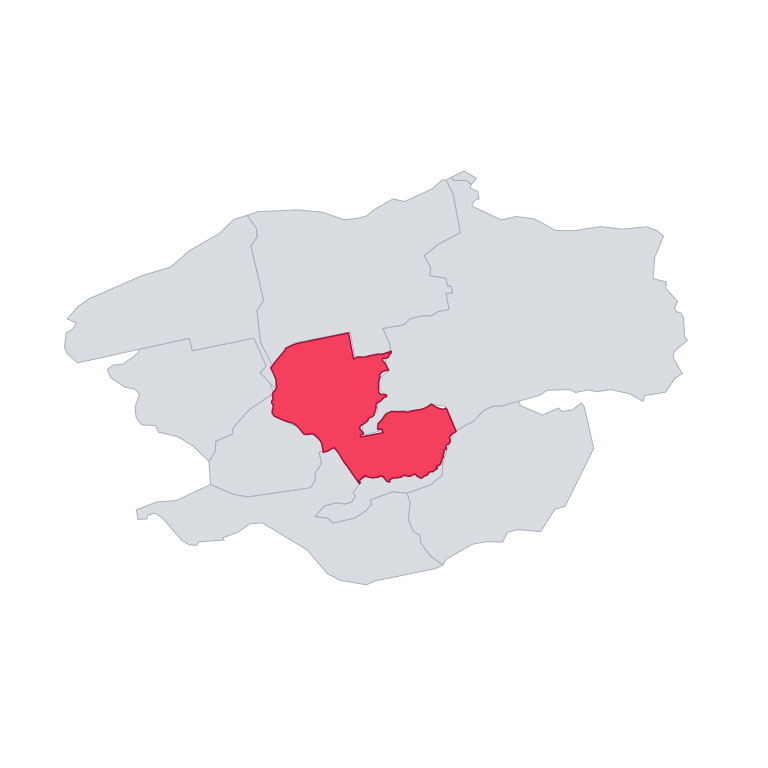 Zambia highlighted, Equal Earth projection, rotated 79°
{"feature_id": "ZMB", "entity_name": "Zambia", "entity_type": "country or territory", "adm_level": 0, "iso_a3": "ZMB", "parent_name": "Africa", "parent_adm1": "", "projection": "equal_earth", "projection_center": [28.807, -13.118], "detail": "fine", "context": "with_neighbors", "style": "filled", "palette": "rose", "viewbox_px": 768, "rotation_deg": 79, "n_neighbors": 8, "source": "natural_earth", "source_scale": "50m", "svg_char_len": 9265}
<svg xmlns="http://www.w3.org/2000/svg" viewBox="0 0 768 768"><g transform="rotate(79 384 384)"><path d="M487.3,190.5L538.6,229.6L539.5,240.2L558.8,258.4L552.4,280.8L553.2,291.1L561.8,297.7L558.3,313.4L558.1,327.6L568.0,356.8L572.9,360.7L562.1,371.2L547.3,378.2L539.3,377.9L534.5,383.3L521.6,386.1L505.6,381.0L495.5,382.4L491.9,357.9L484.7,344.4L471.5,341.1L444.4,324.9L437.1,302.1L429.3,291.9L426.6,281.4L428.0,271.9L425.6,255.2L431.2,254.3L444.7,234.4L440.9,217.2L444.8,214.9L445.5,204.1L440.2,193.9L444.9,191.7L487.3,190.5Z" fill="#d9dde1" stroke="#a8b0b8" stroke-width="1"/><path d="M424.7,233.2L428.0,271.9L426.6,281.4L429.3,291.9L437.1,302.1L444.4,324.9L439.1,323.1L417.4,328.3L413.6,339.9L416.6,347.9L412.5,387.4L425.5,397.6L429.2,394.3L430.3,413.7L420.1,413.6L409.6,396.0L399.4,393.5L396.4,384.0L388.2,389.7L377.5,387.2L372.9,379.0L358.1,377.8L357.3,372.2L346.6,370.7L329.2,374.6L329.7,353.1L325.2,346.4L324.1,335.2L326.0,324.3L323.3,317.3L323.0,305.9L306.6,306.0L307.7,299.5L300.9,299.6L300.1,302.7L291.8,303.4L286.5,318.5L279.0,316.0L265.7,320.0L257.3,304.6L249.9,280.2L210.1,280.0L195.9,284.3L194.0,278.6L197.4,276.7L199.9,264.1L204.8,260.3L208.3,262.1L212.9,255.2L220.3,255.3L221.2,260.5L226.2,263.7L245.3,237.6L244.8,222.6L250.6,204.9L265.7,186.7L267.2,180.9L269.8,167.9L270.8,141.4L277.6,120.3L279.7,96.6L285.0,87.4L292.2,81.5L311.9,94.4L331.8,99.7L337.8,87.4L343.9,89.2L359.0,80.1L364.3,84.0L368.7,83.4L370.7,79.0L375.7,77.4L394.6,79.8L399.0,77.8L407.2,92.8L413.3,95.1L430.6,89.3L433.9,97.1L445.8,109.2L445.0,130.5L450.4,133.0L440.8,144.3L432.8,162.3L432.1,176.9L428.9,183.9L428.8,197.6L424.9,202.7L421.3,224.9L424.7,233.2Z" fill="#d9dde1" stroke="#a8b0b8" stroke-width="1"/><path d="M449.5,573.4L426.5,570.6L418.2,562.7L408.1,560.0L404.2,542.7L398.5,540.8L383.6,521.4L371.5,493.8L395.1,497.4L413.9,471.2L418.6,469.8L420.2,463.6L427.8,456.5L437.9,454.1L438.7,460.7L449.8,460.4L458.8,468.6L465.1,469.8L471.9,475.6L468.9,539.2L463.4,553.5L449.5,573.4Z" fill="#d9dde1" stroke="#a8b0b8" stroke-width="1"/><path d="M426.5,570.6L408.1,583.5L396.4,596.5L388.3,614.6L381.3,616.0L377.8,629.7L369.6,633.7L359.1,632.8L347.4,625.9L341.2,629.9L338.2,638.2L325.9,651.0L316.8,652.8L313.8,646.7L314.7,636.2L306.7,619.8L303.1,617.2L301.9,566.4L314.8,565.8L314.1,502.9L344.2,496.1L349.3,503.5L357.7,496.5L371.5,493.8L383.6,521.4L398.5,540.8L404.2,542.7L408.1,560.0L418.2,562.7L426.5,570.6Z" fill="#d9dde1" stroke="#a8b0b8" stroke-width="1"/><path d="M301.9,566.4L304.8,680.6L293.7,689.3L286.9,690.6L273.1,686.1L270.6,678.9L265.4,674.2L259.6,682.6L249.6,669.7L244.1,657.3L231.5,601.4L228.5,571.0L215.8,549.2L204.9,517.0L193.6,499.7L192.4,486.1L206.5,479.6L215.1,480.2L223.2,488.2L278.8,486.2L288.1,494.7L320.2,497.2L355.2,485.9L363.8,487.0L369.0,491.0L349.3,503.5L344.2,496.1L314.1,502.9L314.8,565.8L301.9,566.4Z" fill="#d9dde1" stroke="#a8b0b8" stroke-width="1"/><path d="M471.5,341.1L484.7,344.4L491.9,357.9L495.5,382.4L491.6,396.1L495.2,419.5L499.8,419.2L504.6,425.0L510.0,438.0L510.9,461.0L505.1,464.8L500.9,477.1L492.4,466.1L491.5,453.5L494.4,445.2L493.7,438.0L488.4,433.5L484.8,435.2L470.2,421.9L474.3,405.2L478.6,398.9L476.1,384.0L481.2,364.5L477.8,349.1L471.5,341.1Z" fill="#d9dde1" stroke="#a8b0b8" stroke-width="1"/><path d="M495.5,382.4L505.6,381.0L521.6,386.1L534.5,383.3L539.3,377.9L547.3,378.2L562.1,371.2L572.9,360.7L575.0,368.8L575.6,430.7L577.8,439.5L568.2,464.6L559.5,475.7L532.2,491.1L497.0,530.0L495.7,542.6L501.7,555.9L504.2,571.5L506.6,570.6L503.6,595.8L506.7,598.8L504.6,606.0L499.1,612.2L472.6,627.4L466.9,633.8L467.9,641.1L471.2,642.2L470.0,651.3L460.3,651.1L456.4,629.6L458.8,610.3L449.5,573.4L463.4,553.5L468.9,539.2L471.9,475.6L465.1,469.8L458.8,468.6L449.8,460.4L438.7,460.7L436.6,441.3L477.2,426.5L484.8,435.2L488.4,433.5L493.7,438.0L494.4,445.2L491.5,453.5L492.4,466.1L500.9,477.1L505.1,464.8L510.9,461.0L510.0,438.0L504.6,425.0L499.8,419.2L495.2,419.5L491.6,396.1L495.5,382.4Z" fill="#d9dde1" stroke="#a8b0b8" stroke-width="1"/><path d="M204.8,260.3L199.9,264.1L197.4,276.7L194.0,278.6L190.2,264.9L199.7,254.0L204.8,260.3ZM195.9,284.3L210.1,280.0L249.9,280.2L257.3,304.6L265.7,320.0L279.0,316.0L286.5,318.5L291.8,303.4L300.1,302.7L300.9,299.6L307.7,299.5L306.6,306.0L323.0,305.9L323.3,317.3L326.0,324.3L324.1,335.2L325.2,346.4L329.7,353.1L329.2,374.6L346.6,370.7L352.7,371.7L354.2,377.3L352.7,386.1L355.1,394.5L353.1,401.3L354.3,407.5L326.5,407.3L326.5,464.3L344.4,490.0L320.2,497.2L288.1,494.7L278.8,486.2L223.2,488.2L215.1,480.2L206.5,479.6L192.4,486.1L190.8,474.9L196.7,435.1L203.7,411.6L215.2,391.8L216.4,378.4L215.5,368.2L211.4,361.7L204.1,339.9L208.8,329.0L201.6,299.3L194.7,287.8L195.9,284.3Z" fill="#d9dde1" stroke="#a8b0b8" stroke-width="1"/><path d="M439.5,456.5L437.6,456.5L434.2,456.5L430.6,456.5L427.4,457.4L424.8,458.9L421.6,461.1L420.6,462.0L419.8,462.6L419.3,463.5L419.0,465.4L419.0,468.3L418.7,470.4L417.8,472.3L413.0,474.7L409.8,476.6L406.8,478.8L404.5,481.8L402.9,485.3L400.3,489.8L397.6,493.6L394.8,497.7L391.6,499.2L388.9,498.9L385.7,497.2L383.1,496.9L381.2,497.9L379.5,497.6L377.8,495.9L376.5,495.3L375.4,495.8L374.0,495.7L371.5,494.8L369.2,492.0L368.0,490.8L367.1,490.3L364.5,489.9L358.4,489.2L357.8,489.4L355.3,489.9L352.1,490.6L349.4,491.3L346.6,492.1L343.9,489.1L340.9,485.8L337.8,482.0L335.4,479.1L334.2,477.4L332.2,475.2L330.7,474.1L330.1,473.5L328.6,467.5L327.7,462.1L327.6,457.9L327.6,452.2L327.5,446.4L327.4,440.7L327.4,435.0L327.3,429.2L327.3,423.4L327.2,417.7L327.1,411.9L327.1,409.1L330.2,409.1L333.7,409.1L337.3,409.1L341.3,409.1L345.3,409.1L349.3,409.1L352.0,409.1L352.8,409.1L353.6,408.9L353.7,408.3L352.5,405.5L352.6,404.5L352.9,402.5L353.3,400.9L353.9,398.7L354.0,397.4L353.5,393.2L353.5,390.9L353.6,388.4L353.8,386.1L353.6,384.5L353.8,383.6L354.1,382.4L354.3,381.0L354.6,380.4L354.5,379.8L354.3,378.7L354.0,376.4L353.7,373.1L353.4,370.7L353.9,370.9L354.9,371.1L355.4,372.2L355.7,373.5L356.4,373.6L358.2,374.3L358.8,375.4L359.2,377.7L359.0,378.8L358.4,379.7L359.0,380.6L360.2,381.1L360.9,381.0L362.9,379.4L363.7,379.1L364.7,378.8L365.7,378.4L368.3,377.7L369.8,377.4L370.6,376.9L371.2,376.9L371.6,377.3L371.2,378.9L371.1,380.4L371.7,383.0L372.0,384.3L372.9,385.2L373.5,385.7L374.2,386.6L375.7,386.5L378.8,387.8L379.8,388.5L381.1,389.1L382.1,389.3L385.3,389.8L386.5,390.1L388.8,390.6L390.6,390.7L391.8,390.5L392.7,390.1L393.2,389.6L393.5,389.3L393.9,387.9L394.5,385.0L394.8,384.2L395.4,383.8L396.3,383.5L396.8,384.0L397.4,387.2L399.8,390.1L400.7,392.5L401.3,394.6L401.9,395.2L402.8,395.9L404.3,396.1L405.7,396.2L408.5,397.7L410.7,398.9L412.4,399.8L413.1,400.4L413.6,401.5L413.9,402.3L414.4,404.4L414.9,406.1L415.8,406.5L416.6,406.6L417.3,407.7L417.9,408.8L419.1,411.2L419.9,412.9L420.2,414.6L421.1,415.7L422.4,416.2L423.6,416.2L424.3,415.8L426.0,414.9L427.4,413.9L428.3,413.6L428.9,413.8L429.4,414.5L429.6,415.8L429.6,416.5L430.6,417.2L431.3,417.0L431.6,416.1L431.6,415.7L431.6,412.1L431.6,408.9L431.6,406.0L431.6,402.4L431.6,399.2L431.6,396.6L431.6,393.9L431.0,394.0L430.2,394.7L428.4,394.7L427.8,395.2L427.5,395.9L427.7,396.8L427.7,398.0L427.4,398.6L426.7,398.9L425.5,398.4L423.5,397.8L421.8,397.4L420.6,395.7L418.9,393.3L417.9,392.0L415.3,389.4L414.8,388.9L414.0,387.7L413.3,385.6L413.0,384.3L412.7,383.3L412.3,381.8L413.0,379.4L413.9,375.0L414.5,371.8L414.8,369.5L416.1,367.1L416.2,364.9L415.7,362.2L415.8,360.6L415.9,356.8L416.0,353.5L416.0,351.9L415.6,349.2L414.8,346.1L412.9,341.9L412.9,341.0L414.0,339.9L415.8,338.2L416.7,337.1L417.7,335.7L418.2,334.9L419.2,333.0L419.9,331.5L420.1,329.5L419.6,327.6L420.6,327.2L423.9,326.5L427.5,325.8L431.3,325.0L435.1,324.2L438.8,323.4L442.2,322.7L444.5,322.3L444.9,323.6L445.6,325.7L446.4,327.3L447.5,328.7L448.3,329.6L448.9,329.9L452.6,329.8L453.9,330.6L455.1,331.7L455.4,333.4L456.1,334.4L456.9,335.2L457.3,335.3L457.9,335.1L458.9,335.1L459.8,335.5L460.2,335.8L460.3,337.2L460.5,337.9L461.8,338.1L463.1,338.2L464.3,339.2L465.6,339.3L467.1,339.7L467.9,340.7L469.5,341.8L471.5,342.7L472.9,343.8L473.7,344.3L473.7,344.7L474.1,345.6L474.5,346.3L474.5,347.3L474.7,348.2L475.2,348.4L475.7,348.4L476.1,347.8L476.7,347.8L477.4,348.2L477.6,349.2L478.1,350.6L478.9,351.6L479.4,352.5L479.2,354.1L478.9,355.7L480.0,357.2L481.4,358.6L481.8,359.2L481.9,361.3L482.1,362.1L483.1,363.8L483.5,365.0L483.5,365.7L480.9,369.1L480.0,369.5L479.2,369.7L478.5,370.4L478.1,371.1L478.3,371.5L478.5,372.7L479.1,374.6L479.7,375.9L479.2,377.5L478.2,380.3L477.7,380.6L477.6,382.7L477.9,383.5L478.4,384.1L478.6,385.5L478.6,387.5L478.6,389.1L477.9,393.1L479.0,396.6L479.4,397.0L481.1,397.0L481.3,397.3L480.9,398.4L480.2,399.4L479.8,399.9L477.7,401.1L474.7,402.4L474.1,403.7L473.7,405.6L474.0,406.7L474.4,407.3L474.3,408.9L474.0,410.6L474.1,411.9L474.0,413.1L473.6,413.7L473.0,415.5L472.4,417.3L471.9,418.1L471.1,419.0L469.9,419.7L470.0,420.1L471.3,420.9L471.6,421.5L471.8,421.8L471.5,422.2L471.2,422.8L471.8,423.3L472.5,423.8L473.2,425.0L473.9,426.6L474.0,427.2L474.2,427.4L474.4,427.5L474.9,427.2L475.7,426.3L476.3,426.0L477.0,427.3L474.1,428.6L472.6,429.2L468.3,431.2L464.6,432.8L463.6,433.2L461.7,434.0L460.7,434.5L457.3,435.9L455.9,436.7L454.8,437.4L452.0,438.5L449.3,439.5L446.4,440.6L443.2,441.7L441.4,442.6L440.2,443.3L437.3,444.8L437.2,445.2L437.2,446.2L437.6,448.3L438.3,450.1L438.9,451.2L439.3,454.0L439.5,456.5Z" fill="#f43f5e" stroke="#9f1239" stroke-width="1.5"/></g></svg>